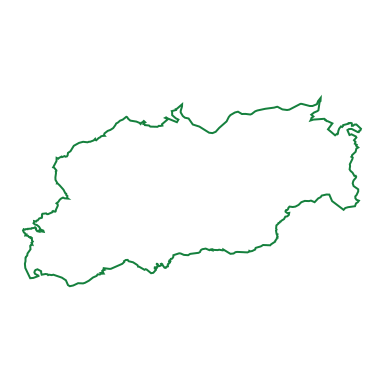 Sighetu Marmatiei, Maramures, Romania
{"feature_id": "2599482B88825204497401", "entity_name": "Sighetu Marmatiei", "entity_type": "district", "adm_level": 2, "iso_a3": "ROU", "parent_name": "Romania", "parent_adm1": "Maramures", "projection": "robinson", "projection_center": [23.83, 47.897], "detail": "fine", "context": "isolated", "style": "outline", "palette": "green", "viewbox_px": 384, "rotation_deg": 0, "n_neighbors": 0, "source": "geoboundaries", "source_scale": "gbopen_adm2", "svg_char_len": 5965}
<svg xmlns="http://www.w3.org/2000/svg" viewBox="0 0 384 384"><path d="M275.2,241.6L275.3,240.6L276.5,239.3L276.8,238.1L277.5,237.8L277.2,237.1L277.6,236.6L277.1,235.7L277.5,234.3L276.6,234.0L276.0,230.5L276.6,229.7L276.1,228.6L276.4,225.4L278.4,223.6L278.5,223.0L279.5,222.7L280.1,221.7L280.6,221.7L281.4,220.7L284.0,219.1L285.3,216.7L287.3,216.3L288.8,215.0L289.2,212.9L287.5,213.2L285.6,211.8L285.5,211.1L286.2,210.0L287.4,209.9L288.3,208.7L288.4,207.8L289.5,206.6L292.8,207.0L295.4,206.6L298.6,204.9L301.3,202.2L304.8,200.9L308.9,201.1L311.0,200.6L314.6,202.2L318.2,198.4L320.6,197.2L321.7,195.6L326.5,194.5L329.3,194.6L332.1,201.1L343.6,209.8L345.3,208.0L348.0,207.2L355.0,206.2L356.0,203.4L357.8,202.2L358.9,200.7L356.5,199.8L355.4,198.3L355.3,196.4L356.5,195.1L358.2,191.5L358.2,189.3L353.6,186.1L352.7,183.4L353.1,181.7L353.6,180.4L355.8,177.8L356.2,176.8L355.7,175.8L354.4,175.9L352.5,172.6L350.7,171.1L349.6,169.4L350.1,166.1L349.8,164.3L352.4,159.0L352.7,157.5L351.4,156.8L351.9,156.2L352.1,155.1L355.6,151.8L356.4,148.5L358.2,147.5L356.1,145.7L356.7,144.8L354.8,143.7L355.5,141.9L354.0,140.2L356.4,137.5L355.9,136.5L351.5,134.3L349.5,135.0L347.4,130.1L348.9,129.1L351.6,128.9L357.8,132.1L358.8,132.1L359.3,130.7L360.3,130.5L361.0,128.8L356.4,124.5L354.4,124.6L353.0,125.8L351.9,125.8L351.8,123.3L350.9,122.9L348.6,123.1L348.6,123.7L343.2,125.1L343.1,125.9L342.1,127.0L341.0,126.4L339.2,128.6L338.3,131.0L337.9,133.8L337.5,134.2L337.0,133.8L335.1,135.3L328.0,129.3L332.4,123.4L327.5,121.1L326.8,121.1L325.4,120.2L325.7,119.9L324.3,118.8L313.4,119.6L310.5,120.5L311.3,118.9L311.3,118.2L313.4,116.5L311.3,114.7L314.1,112.5L317.4,111.1L318.4,110.3L319.6,102.0L320.5,101.1L320.7,97.8L318.1,101.1L316.9,104.2L312.5,106.0L309.8,106.0L301.8,103.9L300.4,103.9L289.4,109.6L287.1,110.0L282.4,109.4L277.5,106.8L277.0,106.8L274.2,107.6L265.2,108.8L257.3,110.5L255.2,111.3L251.7,114.0L250.3,114.5L245.4,113.9L241.9,114.0L238.0,111.7L234.9,112.5L230.4,115.1L228.8,117.0L226.6,121.4L219.2,127.9L215.7,131.8L212.5,133.1L209.1,132.7L199.4,126.6L192.8,124.5L188.6,118.5L184.9,117.7L182.8,116.0L180.7,112.4L180.7,110.9L182.0,106.5L182.1,104.3L176.5,109.1L175.8,109.2L176.0,110.0L171.8,111.1L172.1,111.9L172.2,115.2L175.8,118.3L178.4,119.6L176.9,122.2L167.6,118.4L166.1,117.4L165.2,117.9L167.9,119.2L162.0,124.2L162.4,125.6L159.9,126.0L159.0,125.8L157.5,126.8L150.3,126.6L149.0,125.5L144.9,125.1L144.7,124.4L143.4,124.0L143.9,122.6L145.1,122.2L143.8,121.0L142.4,122.4L141.3,122.7L140.6,124.0L139.3,122.8L136.4,121.6L130.3,120.6L128.1,118.7L127.2,117.2L126.3,116.8L122.8,119.6L120.0,120.7L118.0,122.5L116.2,123.5L115.3,125.2L113.2,128.1L110.4,129.9L107.7,130.9L104.5,133.4L104.0,135.0L104.7,135.8L102.4,135.9L100.8,136.5L100.2,137.3L98.7,138.0L96.2,140.3L95.5,140.0L95.1,138.9L93.7,140.4L90.0,141.8L89.1,141.7L87.5,142.3L83.1,141.8L79.0,142.9L73.8,145.8L70.5,151.2L68.0,152.9L67.6,155.4L66.9,156.4L65.4,156.7L64.6,156.1L62.0,157.1L61.5,156.6L58.9,158.0L58.3,158.7L56.6,157.9L56.5,161.0L53.2,167.3L54.0,167.5L56.4,170.4L56.4,170.9L55.8,171.4L56.0,173.0L55.4,177.4L55.5,179.9L57.2,182.9L57.0,183.4L57.6,183.4L59.6,185.3L63.5,189.7L65.4,193.4L66.2,193.7L66.3,195.1L67.4,196.0L67.1,197.8L68.1,198.6L64.5,198.3L63.0,197.6L61.2,198.5L59.7,199.8L58.4,201.8L56.5,203.3L57.7,204.3L57.8,205.7L55.4,210.9L55.7,211.1L55.4,211.6L53.6,211.5L53.1,211.0L52.5,211.3L52.2,212.3L48.1,214.1L47.0,214.1L46.2,213.4L42.4,213.8L42.0,214.5L42.1,215.7L41.8,216.2L42.1,216.8L41.8,217.8L39.3,218.4L37.6,220.5L36.6,220.6L36.0,221.6L34.1,221.1L34.2,222.0L33.5,223.2L34.8,224.4L37.0,225.1L39.1,226.8L40.1,228.6L39.8,229.7L40.8,229.6L43.3,230.6L43.7,231.8L41.4,231.4L40.1,230.5L39.3,230.3L38.8,231.1L38.0,230.9L38.5,231.5L37.2,231.2L35.9,229.5L36.1,228.3L35.0,227.3L34.0,228.0L31.6,228.2L31.4,228.7L27.9,228.8L27.7,229.2L25.9,229.1L24.9,229.7L23.7,229.2L23.0,230.5L23.9,232.4L25.5,233.7L25.3,235.3L26.6,234.8L26.6,235.6L28.0,235.8L28.8,236.9L30.7,237.1L31.5,237.7L30.9,238.2L31.9,238.7L32.0,240.6L32.8,241.5L31.8,242.5L32.2,242.7L32.0,243.8L32.3,244.6L31.5,244.3L31.3,245.1L30.8,245.1L30.2,245.9L30.5,249.3L27.5,253.5L27.2,255.6L25.9,256.9L25.9,257.6L25.5,257.9L25.5,261.2L24.9,263.8L25.3,268.0L30.2,278.2L33.4,277.9L38.5,276.0L38.4,275.6L35.1,273.9L34.4,272.5L34.7,271.2L35.5,270.0L37.5,269.3L41.1,271.2L41.2,272.9L41.7,274.7L45.6,274.0L47.5,274.3L48.1,275.1L49.0,274.7L51.8,275.1L53.3,274.7L61.8,277.6L65.9,280.3L68.0,285.1L69.8,286.2L73.2,285.5L78.1,283.2L83.1,283.4L85.0,282.8L88.9,280.7L93.0,277.5L96.6,275.9L97.6,274.4L99.9,274.5L100.4,273.8L101.9,273.7L101.5,273.4L101.9,273.0L101.5,272.8L102.5,272.6L102.2,272.1L102.5,271.9L103.1,272.3L102.4,270.7L103.5,270.2L103.2,269.7L103.7,270.2L104.2,270.0L103.3,269.5L103.5,269.0L104.0,268.9L103.9,268.2L109.5,268.9L110.9,268.8L122.3,263.8L124.2,262.0L124.0,261.2L125.8,260.0L127.7,259.9L128.6,261.2L133.1,262.3L136.7,264.6L137.6,265.3L138.1,266.7L139.1,266.7L144.5,269.8L145.6,269.2L146.7,269.6L151.1,273.2L153.3,272.8L155.9,269.9L154.9,268.4L155.8,268.1L156.2,268.5L156.6,268.1L155.5,267.5L154.9,267.8L154.9,267.3L156.1,267.3L157.9,266.4L157.6,265.6L157.9,265.3L157.3,265.0L157.3,264.1L155.9,263.8L157.4,263.9L158.6,265.7L159.6,266.1L161.2,265.3L161.4,264.8L161.0,263.9L161.6,263.7L162.3,264.2L162.6,265.1L164.5,267.7L165.7,267.9L166.0,267.1L167.9,266.4L167.6,265.2L168.3,264.6L168.2,263.8L170.0,262.5L170.1,261.7L170.9,260.8L169.3,261.8L169.0,261.5L169.5,260.3L170.4,260.0L170.8,258.9L171.8,258.8L172.4,258.3L173.3,256.9L173.4,255.2L179.2,253.3L180.7,253.5L183.9,254.9L188.2,255.2L190.1,253.9L198.6,252.8L200.1,251.9L200.6,250.5L201.3,249.8L202.4,249.2L205.7,248.6L209.5,250.2L210.6,249.8L211.6,250.1L211.1,249.4L212.2,249.2L213.8,249.9L217.8,250.1L219.1,249.7L222.9,250.4L223.3,250.1L223.3,249.5L230.4,253.8L233.6,253.5L235.4,252.2L237.1,251.9L247.5,252.4L249.1,251.7L249.3,250.9L250.3,251.4L252.2,251.0L255.2,249.5L255.4,248.3L255.9,247.8L260.8,246.4L263.1,245.0L270.2,245.3L271.1,244.3L275.2,241.6Z" fill="none" stroke="#15803d" stroke-width="2"/></svg>